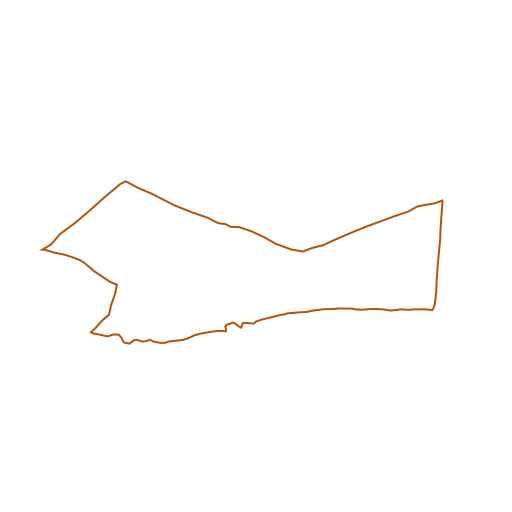 Whojah, Maryland, Liberia (orthographic projection), rotated 246°
{"feature_id": "62588387B36010153941862", "entity_name": "Whojah", "entity_type": "district", "adm_level": 2, "iso_a3": "LBR", "parent_name": "Liberia", "parent_adm1": "Maryland", "projection": "orthographic", "projection_center": [-8.023, 4.944], "detail": "fine", "context": "isolated", "style": "outline", "palette": "amber", "viewbox_px": 512, "rotation_deg": 246, "n_neighbors": 0, "source": "geoboundaries", "source_scale": "gbopen_adm2", "svg_char_len": 2135}
<svg xmlns="http://www.w3.org/2000/svg" viewBox="0 0 512 512"><g transform="rotate(246 256 256)"><path d="M230.9,448.6L231.4,441.0L235.6,423.9L234.7,413.2L236.1,397.8L237.9,370.5L238.4,356.5L238.6,349.9L238.8,330.8L238.5,322.4L240.6,309.5L241.0,300.7L247.6,290.9L259.1,279.0L269.5,271.4L279.6,262.6L289.0,252.8L292.8,244.8L297.2,241.5L300.3,236.6L301.4,234.8L304.6,232.2L310.1,227.9L321.2,216.0L335.1,202.4L355.0,186.3L366.4,175.8L375.8,168.5L377.2,167.4L377.1,165.1L376.9,161.1L371.4,141.9L367.9,131.0L365.8,124.7L359.6,103.4L355.8,85.9L349.9,73.6L348.7,63.4L347.6,65.5L341.4,72.8L335.7,80.8L331.6,85.6L324.3,93.1L319.9,96.1L319.5,96.4L307.1,102.4L301.1,106.4L298.4,108.0L291.5,112.3L286.5,117.2L279.4,112.4L269.8,103.5L262.1,97.7L259.9,90.2L258.2,85.8L256.0,81.4L253.5,74.3L252.0,75.2L250.5,77.3L249.5,78.7L247.3,81.8L242.9,87.7L242.4,93.6L239.9,98.7L236.1,99.8L231.0,100.0L228.8,102.8L228.4,103.3L227.5,104.6L228.0,107.1L228.7,110.6L228.1,112.7L225.8,115.5L223.8,117.8L223.1,120.7L222.7,123.5L222.5,125.1L219.3,127.7L218.0,129.6L217.2,130.8L214.9,134.5L213.6,138.1L213.4,141.5L210.9,149.2L209.1,154.9L208.5,159.9L208.5,161.7L208.6,166.7L207.6,174.2L207.1,176.0L205.5,182.4L202.9,191.3L201.8,193.2L200.3,196.5L199.5,197.8L201.3,198.9L203.9,199.2L205.3,201.0L204.9,202.9L204.6,204.5L204.7,207.8L202.2,210.0L200.3,210.7L197.6,212.5L196.7,213.2L198.9,215.6L200.1,216.9L199.0,219.6L196.9,223.4L195.2,226.5L196.1,229.5L195.8,232.6L195.5,236.1L194.4,241.7L192.5,252.7L191.5,257.0L191.3,257.7L190.7,261.8L186.7,273.2L185.3,276.7L184.3,279.3L183.3,284.5L180.1,295.5L176.6,304.2L173.9,311.5L172.2,315.0L170.9,317.8L170.6,318.6L169.0,322.0L166.3,326.0L165.3,327.9L165.1,328.4L164.7,329.2L163.5,331.7L162.4,335.0L160.8,339.8L158.0,345.7L156.9,347.7L155.6,350.3L152.6,354.9L151.3,357.1L151.1,357.7L149.9,361.4L148.3,366.9L145.7,371.6L144.1,375.1L143.5,377.4L141.3,382.3L141.0,383.1L139.4,386.9L136.6,392.2L135.7,393.5L134.8,395.0L135.7,396.4L139.7,400.0L149.8,406.0L155.3,408.7L158.8,410.4L172.4,417.6L186.1,425.2L196.8,431.3L201.7,433.6L207.8,436.7L220.4,443.4L228.9,448.1L230.9,448.6Z" fill="none" stroke="#b45309" stroke-width="2"/></g></svg>